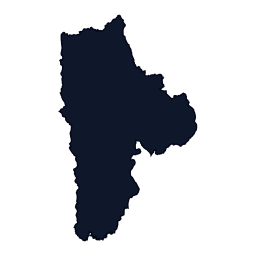 Suan Phueng, Ratchaburi, Thailand (Robinson projection)
{"feature_id": "78962969B47422412766823", "entity_name": "Suan Phueng", "entity_type": "district", "adm_level": 2, "iso_a3": "THA", "parent_name": "Thailand", "parent_adm1": "Ratchaburi", "projection": "robinson", "projection_center": [99.327, 13.539], "detail": "fine", "context": "isolated", "style": "filled", "palette": "ink", "viewbox_px": 256, "rotation_deg": 0, "n_neighbors": 0, "source": "geoboundaries", "source_scale": "gbopen_adm2", "svg_char_len": 5708}
<svg xmlns="http://www.w3.org/2000/svg" viewBox="0 0 256 256"><path d="M188.8,139.6L188.8,138.3L190.6,137.8L191.0,136.7L192.1,136.1L194.2,133.4L195.3,130.7L196.0,130.2L196.5,127.9L196.4,124.5L194.1,121.3L195.2,118.3L195.2,116.0L194.5,112.8L193.6,110.8L193.6,109.8L191.6,107.6L190.2,106.8L188.0,104.9L188.9,102.4L187.4,100.0L186.2,99.4L186.2,96.2L185.6,95.7L185.7,95.1L185.4,94.4L183.4,93.3L181.9,94.3L181.5,95.0L180.6,95.0L180.3,95.6L178.6,95.7L177.8,96.3L175.3,95.7L174.1,96.0L174.0,96.3L174.8,96.9L174.7,97.4L172.4,98.8L171.1,98.5L166.4,94.0L166.1,92.9L166.0,91.0L164.2,91.2L162.2,90.8L160.0,89.4L160.0,88.5L160.7,88.6L163.8,86.5L163.5,84.8L162.4,83.9L162.1,81.3L162.1,79.2L163.2,77.9L162.7,77.6L162.8,77.2L162.0,77.2L161.7,76.6L161.9,75.9L161.2,75.4L161.1,74.8L160.0,74.4L156.6,75.4L155.1,74.9L154.9,74.4L154.4,74.5L153.8,75.3L152.9,75.0L152.7,75.4L152.1,75.2L151.2,75.5L151.0,75.2L149.8,76.1L148.9,76.2L148.6,75.7L148.0,76.1L145.6,76.1L144.6,75.1L145.1,72.6L144.9,71.0L142.1,71.9L141.6,70.0L140.2,69.0L139.3,67.0L138.7,66.7L137.3,67.6L136.0,67.1L135.3,65.1L134.3,64.0L134.2,62.5L133.1,61.1L133.7,60.7L133.8,59.8L133.4,59.4L133.3,58.7L131.7,55.1L131.5,52.5L131.0,51.4L130.8,49.5L129.1,46.8L128.8,44.8L127.7,44.3L126.8,42.7L125.2,39.2L124.8,36.7L123.0,35.4L122.9,29.9L123.6,27.5L125.0,25.9L125.1,24.9L123.3,22.6L122.8,21.3L123.2,20.7L123.0,20.0L121.5,19.0L119.9,15.7L119.2,15.4L117.8,15.9L117.7,17.1L116.7,17.5L115.8,19.4L114.5,19.2L113.8,19.4L112.8,20.2L111.8,22.0L110.6,23.2L109.9,23.5L108.7,23.0L107.9,23.2L107.3,23.8L106.8,25.3L105.7,25.5L105.2,26.0L105.5,27.7L105.3,28.3L102.2,31.3L100.8,30.6L99.2,31.0L97.8,29.8L96.9,31.1L96.5,31.1L96.1,30.0L92.9,29.1L91.6,27.5L90.8,27.7L89.5,29.7L88.1,28.6L86.3,29.4L84.4,29.0L83.7,29.3L82.8,31.0L81.7,31.8L80.2,31.7L79.5,32.0L80.1,34.0L79.5,34.5L78.1,34.6L75.5,35.3L73.8,34.7L72.0,35.7L69.9,35.0L69.1,36.0L68.6,36.1L67.9,35.6L67.3,34.0L65.2,34.2L64.4,32.7L63.9,32.5L63.1,32.8L61.5,34.5L61.3,36.0L61.4,39.6L61.6,40.1L61.4,40.7L61.9,41.1L61.6,42.5L62.3,48.4L61.9,49.5L61.9,51.2L61.4,52.2L61.3,54.0L61.4,54.9L62.0,55.4L62.5,55.4L62.6,56.3L63.1,57.1L62.3,59.8L60.6,59.9L60.0,60.6L60.8,61.4L60.9,64.5L61.7,65.1L62.3,65.1L62.7,65.7L62.7,68.9L61.9,71.9L61.0,73.4L61.5,75.0L63.0,76.7L62.2,78.3L62.1,80.0L62.4,80.9L62.5,83.4L63.2,85.0L62.5,86.1L62.3,87.9L61.3,89.1L61.6,90.3L61.4,92.1L61.0,92.8L60.5,93.0L60.9,93.5L61.0,94.7L61.9,95.9L61.9,97.2L63.4,100.4L64.8,102.0L65.9,106.3L63.9,107.0L63.5,108.2L62.6,109.2L61.4,109.1L60.9,109.6L60.4,110.9L59.5,111.4L61.5,112.8L62.3,114.0L62.7,116.1L63.8,116.7L65.4,117.0L65.8,117.9L65.9,120.0L67.7,122.3L68.9,122.4L69.5,122.9L69.6,124.3L71.4,125.1L71.6,127.0L71.3,130.3L70.3,133.1L70.9,137.0L71.4,138.7L71.5,141.0L71.1,142.4L69.7,143.9L71.3,146.3L69.8,147.1L69.6,148.1L71.3,151.1L72.9,153.3L73.7,153.8L73.9,154.8L75.2,155.7L76.2,155.7L76.5,156.2L75.8,158.0L75.9,159.9L76.9,161.7L77.4,162.0L77.5,165.0L77.9,166.2L77.4,166.4L76.3,168.0L73.9,169.3L73.8,169.9L75.0,172.1L74.5,173.5L75.3,175.1L75.4,175.8L76.6,177.3L76.6,178.5L75.1,181.0L75.5,182.0L76.4,182.9L77.9,183.5L78.0,184.2L77.6,185.1L78.8,186.3L79.2,188.2L78.8,189.0L77.3,190.5L76.5,192.7L77.3,195.4L77.3,198.9L76.8,201.2L77.8,203.1L76.8,203.5L76.6,204.5L75.9,205.2L76.1,206.2L75.6,207.0L76.5,208.8L77.4,209.8L77.5,211.9L76.2,215.1L77.3,218.1L77.2,220.3L77.8,222.5L77.4,223.4L75.7,224.5L74.4,227.3L74.9,227.4L75.3,228.1L75.3,229.4L75.9,230.6L75.5,231.5L75.9,231.9L76.0,233.6L77.4,234.4L77.7,235.5L79.0,236.1L79.6,237.7L82.5,239.0L83.0,240.1L84.5,240.6L85.3,240.4L85.8,239.7L87.0,239.9L87.2,239.6L86.9,238.4L87.5,238.0L87.5,236.9L88.0,236.5L87.9,235.5L88.6,235.4L88.9,234.9L88.8,234.1L89.5,232.2L89.7,232.5L91.1,232.4L91.7,233.0L91.7,234.3L90.5,235.6L93.3,236.2L92.9,237.4L93.3,238.1L93.9,238.1L94.1,236.9L94.8,236.7L95.0,237.8L96.1,237.2L96.2,237.8L96.0,239.0L96.3,239.4L96.6,239.3L96.7,238.6L97.2,239.6L97.5,239.7L98.1,239.3L98.0,238.7L98.6,238.6L99.2,239.1L99.1,239.7L99.6,239.8L99.9,239.1L100.7,239.0L102.0,239.1L102.8,239.7L103.9,237.5L105.9,237.5L106.0,236.5L105.4,235.6L105.9,234.9L106.5,235.6L106.5,234.9L107.7,232.9L108.6,233.1L108.9,232.3L110.3,232.1L110.5,232.4L110.2,233.5L111.3,234.0L111.8,233.5L112.5,233.5L112.9,232.4L114.5,232.7L114.9,230.3L116.6,228.7L117.6,224.9L117.7,221.3L118.4,220.5L119.6,220.3L120.8,218.8L120.3,216.9L120.6,216.2L123.8,214.7L124.0,212.4L123.9,210.2L124.4,208.9L125.2,207.9L126.1,208.2L126.9,207.6L128.0,208.0L127.7,203.9L128.6,199.9L129.2,198.2L130.1,197.3L131.7,197.4L132.4,196.0L133.0,195.6L136.7,194.3L137.9,192.7L139.1,189.2L135.7,182.7L134.7,182.2L133.9,180.3L133.4,179.9L133.2,179.0L132.7,178.8L132.3,177.5L130.7,176.4L130.1,173.3L130.4,170.5L132.3,168.1L133.3,165.8L134.6,164.3L134.9,163.0L134.9,161.9L134.1,160.2L132.8,159.6L131.9,160.2L130.8,159.9L130.8,157.1L131.6,156.7L131.8,155.8L133.4,154.3L135.8,154.6L136.6,153.7L137.4,154.0L138.9,153.5L140.2,152.7L140.2,151.9L140.6,151.7L139.8,149.3L138.7,149.0L136.4,150.0L135.5,149.4L135.2,147.9L135.1,145.6L135.2,144.2L135.7,143.4L135.5,142.8L135.8,142.4L135.7,141.2L135.9,140.2L136.7,140.6L139.3,140.9L140.3,141.5L140.7,141.9L141.0,143.3L141.4,143.5L141.9,145.3L142.6,145.6L142.9,146.4L143.9,147.5L146.0,149.1L147.5,149.8L147.9,150.5L149.6,152.1L151.0,154.3L151.1,155.1L152.3,153.1L153.2,152.5L153.7,151.0L155.1,149.7L155.6,149.7L155.5,150.3L156.1,150.8L155.6,152.9L155.8,153.6L157.4,154.4L158.1,153.8L159.8,154.0L160.2,153.5L161.3,153.6L161.9,152.9L163.5,152.9L164.8,150.5L165.2,150.6L166.2,147.4L168.1,147.0L170.2,144.6L171.1,144.0L172.6,144.0L173.8,144.9L174.7,144.3L176.4,144.1L179.3,145.0L180.1,145.9L180.8,146.1L182.6,144.3L183.4,144.3L184.0,143.6L184.7,144.1L185.3,143.8L185.9,142.1L186.3,142.1L188.0,140.7L188.8,139.6Z" fill="#0f172a" stroke="#020617" stroke-width="1.5"/></svg>